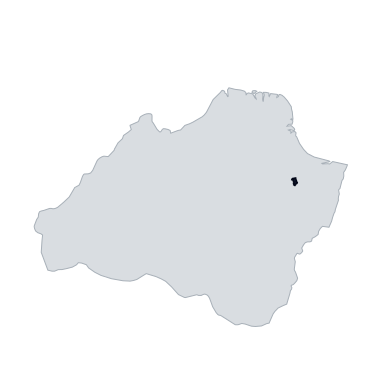 location of Atakunmosa West, Osun, Nigeria, rotated 195°
{"feature_id": "59680162B20429116941940", "entity_name": "Atakunmosa West", "entity_type": "district", "adm_level": 2, "iso_a3": "NGA", "parent_name": "Nigeria", "parent_adm1": "Osun", "projection": "mercator", "projection_center": [4.653, 7.599], "detail": "fine", "context": "in_parent", "style": "filled", "palette": "ink", "viewbox_px": 384, "rotation_deg": 195, "n_neighbors": 0, "source": "geoboundaries", "source_scale": "gbopen_adm2", "svg_char_len": 4725}
<svg xmlns="http://www.w3.org/2000/svg" viewBox="0 0 384 384"><g transform="rotate(195 192 192)"><path d="M311.0,79.2L322.0,94.7L324.3,106.2L325.2,111.8L327.1,112.5L330.5,112.8L333.0,113.9L334.5,115.8L335.4,117.5L335.6,118.6L334.9,125.4L334.0,127.9L334.5,131.3L334.3,132.7L334.0,133.7L332.4,134.8L330.3,135.9L325.4,139.2L323.9,139.7L321.9,139.8L320.0,140.6L317.9,142.3L313.3,148.9L309.3,155.4L306.4,166.0L302.9,169.3L302.3,172.3L301.8,178.9L301.2,180.9L300.7,181.5L296.9,182.7L294.8,184.2L293.5,187.2L291.8,197.4L291.2,199.0L290.0,200.8L288.1,202.7L286.4,203.8L282.1,204.5L278.0,212.1L278.0,213.4L276.2,220.3L273.0,225.5L272.8,228.9L268.9,233.5L266.8,236.6L268.9,239.8L269.1,240.4L262.3,245.9L261.9,246.7L261.6,250.5L261.1,251.5L259.8,252.9L258.0,254.5L256.2,255.7L254.1,256.5L252.0,256.8L250.9,256.3L250.3,255.2L249.1,250.5L248.6,249.5L247.3,248.6L242.0,243.5L238.9,241.7L238.2,241.8L237.7,242.3L236.8,244.9L235.9,245.8L234.2,246.1L231.4,246.2L229.2,245.8L228.8,245.3L227.8,243.3L221.3,247.9L219.0,249.0L216.1,254.5L212.0,257.3L209.2,259.7L201.7,267.2L200.2,269.4L198.7,272.7L195.5,286.8L190.3,295.6L189.6,297.5L189.3,297.4L188.6,298.2L186.6,297.7L185.7,296.0L184.4,295.8L182.3,293.4L181.8,293.8L184.1,299.8L183.3,302.2L176.9,302.3L171.4,303.1L167.7,303.0L165.8,302.1L164.9,299.9L164.6,300.1L164.4,301.3L163.2,302.3L159.0,302.5L157.1,300.9L155.6,299.2L154.0,298.4L154.3,299.1L156.1,300.8L155.9,303.3L152.5,306.1L150.3,306.2L149.0,305.0L148.3,303.0L147.9,300.1L147.1,298.2L146.6,298.2L147.2,301.4L147.2,304.4L148.8,306.7L146.3,307.4L143.3,307.5L143.0,306.6L142.6,304.7L142.1,304.2L141.5,307.4L135.3,308.3L134.5,308.2L134.3,307.6L134.7,306.7L134.6,305.2L133.3,306.4L133.1,308.6L132.3,309.0L130.0,308.7L127.4,307.5L123.3,304.7L118.2,300.1L117.4,298.0L115.9,295.4L113.3,288.4L113.8,288.1L114.9,288.5L115.5,287.8L113.4,287.3L113.0,286.8L112.8,285.3L112.9,283.4L116.1,282.4L116.9,281.2L117.3,280.1L113.3,281.8L109.7,279.9L108.9,278.7L109.3,277.7L113.5,277.7L115.0,276.8L114.1,276.5L112.5,276.5L111.9,275.9L111.9,274.5L111.4,274.8L110.7,276.1L108.2,277.0L106.8,276.1L106.6,274.0L106.3,273.0L105.1,272.3L100.7,266.7L95.3,262.1L90.4,259.0L83.0,257.4L67.7,257.5L66.8,257.1L67.8,256.3L69.1,255.8L74.0,253.3L73.2,252.9L68.1,254.5L66.3,254.7L64.0,257.8L48.9,258.5L49.0,257.0L49.6,253.0L50.6,250.2L49.5,246.7L49.3,243.7L49.9,242.7L50.1,241.5L50.0,233.6L50.8,232.4L50.8,231.6L49.2,228.2L49.3,225.6L48.9,223.1L48.4,222.0L49.0,212.3L48.8,209.9L49.3,208.2L49.6,204.0L49.6,199.9L50.6,193.4L57.1,192.6L58.6,190.0L59.5,186.8L59.2,183.6L61.3,180.8L63.9,178.4L63.8,175.6L64.5,174.8L65.7,174.2L67.4,173.8L69.4,172.5L70.5,170.1L71.5,166.3L69.8,163.7L69.9,163.1L70.5,161.7L71.5,160.2L72.3,159.8L74.2,160.1L74.8,159.6L76.0,155.4L75.9,154.3L74.2,151.4L73.2,143.8L72.7,142.8L71.3,141.4L67.7,136.1L67.8,133.5L69.3,130.3L70.3,128.7L71.7,127.8L72.0,127.1L71.5,126.2L70.8,125.5L70.7,124.0L71.4,122.0L71.2,119.7L71.5,108.2L74.5,105.9L78.8,102.2L81.0,98.2L82.1,95.2L83.6,85.3L85.8,84.2L90.2,80.6L96.0,78.5L99.8,77.8L106.5,78.2L109.9,77.9L112.8,75.9L114.1,75.4L115.9,75.0L132.5,80.2L134.1,80.0L135.3,80.3L137.4,81.7L142.3,86.5L147.5,93.9L149.1,95.5L150.7,96.4L152.3,96.7L153.5,96.6L154.7,95.9L156.3,94.5L158.8,93.8L160.8,94.0L171.1,88.3L172.1,88.2L178.5,89.4L187.2,95.1L194.3,98.9L199.2,100.1L205.1,101.0L215.1,101.3L222.6,93.3L225.4,91.5L228.7,89.9L235.7,88.4L247.4,87.4L258.3,87.9L265.0,89.3L272.2,91.9L275.2,94.4L280.1,94.8L283.5,94.3L284.7,91.8L288.1,88.5L293.4,85.5L297.6,83.4L301.1,82.4L304.2,80.0L306.7,79.3L311.0,79.2ZM159.4,305.6L157.1,306.3L155.5,306.1L157.6,303.0L158.7,303.6L160.0,303.9L159.4,305.6Z" fill="#d9dde1" stroke="#a8b0b8" stroke-width="1"/><path d="M92.7,228.3L93.0,228.7L93.3,228.8L93.5,228.9L93.7,229.1L93.9,229.2L94.1,229.3L94.0,229.5L94.0,229.8L94.1,230.0L94.5,230.6L94.8,230.9L95.1,231.0L95.3,231.3L95.5,231.6L95.4,231.9L95.3,232.3L95.5,232.4L95.7,232.2L95.8,232.1L96.0,232.0L96.1,231.9L96.3,231.9L96.5,231.8L96.8,231.9L97.0,231.9L97.1,231.6L97.1,231.4L97.3,231.0L97.5,231.0L97.8,231.0L98.0,231.0L98.1,230.9L98.3,230.9L98.4,231.0L98.5,230.9L98.6,230.7L98.8,230.2L98.8,229.8L98.8,229.7L98.6,229.7L98.5,229.8L98.3,229.8L98.1,230.1L97.9,230.2L97.7,230.2L97.4,230.1L97.4,229.9L97.3,229.6L97.3,229.3L97.2,229.0L97.1,228.9L97.0,228.7L96.7,228.6L96.4,228.3L96.3,228.2L96.1,227.9L95.9,227.8L95.9,227.7L95.8,227.3L96.0,227.3L96.1,227.2L95.9,226.9L95.7,226.6L96.0,226.5L95.7,226.2L95.4,226.0L95.6,225.3L95.3,225.2L95.0,225.1L94.8,225.1L94.7,224.9L94.4,224.9L94.4,225.0L94.2,225.1L94.2,225.3L94.3,225.3L94.5,225.3L94.4,225.5L94.2,225.7L93.9,225.9L94.0,226.2L93.9,226.4L93.7,226.6L93.6,226.9L93.6,227.0L93.3,227.3L93.0,227.3L92.9,227.5L92.8,227.8L92.9,228.0L92.7,228.2L92.7,228.3Z" fill="#0f172a" stroke="#020617" stroke-width="1.5"/></g></svg>